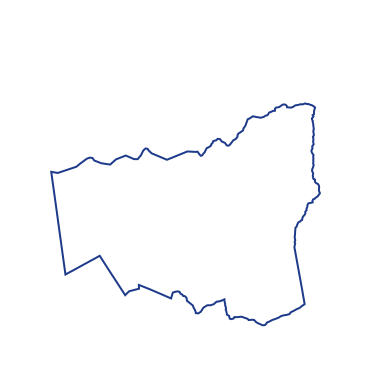 outline of Curimatá, Piauí, Brazil, rotated 107°
{"feature_id": "56859067B38389486255432", "entity_name": "Curimatá", "entity_type": "district", "adm_level": 2, "iso_a3": "BRA", "parent_name": "Brazil", "parent_adm1": "Piauí", "projection": "mercator", "projection_center": [-44.372, -9.975], "detail": "fine", "context": "isolated", "style": "outline", "palette": "blue", "viewbox_px": 384, "rotation_deg": 107, "n_neighbors": 0, "source": "geoboundaries", "source_scale": "gbopen_adm2", "svg_char_len": 3142}
<svg xmlns="http://www.w3.org/2000/svg" viewBox="0 0 384 384"><g transform="rotate(107 192 192)"><path d="M310.2,225.7L305.3,223.1L300.0,214.4L297.8,215.2L296.4,215.6L297.4,203.3L299.9,180.9L293.8,180.9L292.4,179.0L291.2,176.7L291.2,174.6L292.6,173.3L293.0,171.3L294.0,170.0L293.7,168.4L294.7,166.4L297.5,165.0L300.3,158.0L301.7,157.0L304.2,154.5L305.4,153.6L306.7,152.9L306.2,150.4L303.8,148.5L299.9,147.5L298.7,146.8L295.9,144.3L294.9,141.2L292.9,138.4L289.8,136.5L288.2,133.2L285.2,129.6L286.8,129.1L288.7,127.9L290.9,127.0L293.3,125.4L294.7,125.4L295.8,124.4L299.1,122.7L299.6,120.3L302.1,118.9L302.0,117.0L300.7,115.2L299.1,114.8L298.8,113.1L296.7,107.9L296.9,105.9L296.9,104.3L297.1,101.5L297.9,100.4L296.4,96.6L296.3,95.0L297.8,92.4L298.2,90.4L298.8,85.5L298.0,83.5L296.9,82.7L294.7,82.0L293.8,80.7L290.8,77.7L289.6,75.9L286.7,72.3L284.8,70.7L282.9,67.9L282.2,66.2L280.3,63.1L278.2,62.4L275.1,59.2L272.9,57.1L271.5,55.2L269.5,54.0L266.3,51.5L251.9,58.8L214.9,77.9L212.8,78.2L211.0,78.3L209.8,79.3L208.1,79.1L205.9,80.3L204.3,80.8L202.8,81.0L201.3,81.4L199.2,81.9L195.8,82.6L194.5,81.8L193.1,81.9L191.6,81.7L190.0,81.5L189.1,80.4L187.5,79.5L186.6,78.5L185.1,78.8L183.2,78.7L181.1,77.7L179.6,77.3L177.6,77.9L175.9,77.1L174.6,77.6L172.2,77.4L170.5,77.8L168.9,77.4L168.2,76.3L167.4,74.8L166.6,73.6L165.2,74.2L163.6,74.0L162.8,72.9L161.5,72.2L159.4,70.5L157.8,70.0L155.8,69.3L154.2,70.6L152.4,71.4L150.2,71.8L148.7,72.6L147.6,73.7L147.2,75.9L146.3,77.4L144.1,78.1L144.0,79.7L142.1,80.8L140.9,81.3L138.9,81.5L136.9,83.2L135.4,83.7L133.5,83.5L130.7,83.5L129.3,84.5L127.4,84.8L125.9,85.5L124.5,85.6L123.0,86.4L121.1,86.6L120.1,88.0L118.3,89.6L117.0,89.9L115.3,89.5L113.2,90.4L110.8,89.6L108.4,90.9L105.6,91.4L103.9,92.5L102.2,92.0L99.8,93.1L98.0,93.9L96.7,93.8L94.4,94.7L93.1,95.4L91.5,95.9L90.1,96.9L88.6,97.3L87.7,98.4L86.4,98.8L84.4,97.9L83.2,99.1L82.0,98.1L79.6,98.8L77.7,99.0L75.2,99.0L74.4,100.9L74.0,102.5L74.0,104.9L73.8,106.5L74.3,107.8L74.2,109.6L76.0,112.1L76.2,113.6L77.5,115.6L78.1,116.8L79.0,118.6L81.3,120.4L82.5,122.3L82.7,123.7L83.2,125.8L81.8,126.7L81.2,128.2L81.3,129.5L82.0,130.9L83.3,131.9L85.3,133.5L86.7,136.2L88.0,137.0L90.1,136.5L90.9,138.5L92.2,139.7L93.4,141.4L95.0,141.8L96.3,142.2L97.6,144.0L99.3,145.5L100.9,148.0L101.4,151.8L101.8,155.9L104.9,158.5L106.2,160.0L108.4,160.1L113.0,160.3L116.0,161.3L118.4,161.3L122.5,164.6L123.7,165.1L126.1,164.7L128.6,165.7L130.4,167.6L132.3,168.3L134.0,168.9L136.5,170.0L137.2,171.1L137.2,172.5L135.5,174.6L135.0,178.3L133.2,180.8L133.7,183.0L135.5,184.0L136.2,185.2L137.2,186.6L139.2,186.7L140.7,187.5L142.2,187.5L144.3,189.0L145.4,190.5L146.9,191.0L150.4,191.5L151.6,192.2L154.0,193.0L154.8,194.3L153.5,196.3L151.8,198.5L152.5,199.9L154.6,208.3L168.5,225.4L166.8,242.0L164.9,245.7L163.7,247.1L163.9,249.0L165.2,250.0L167.0,250.8L171.7,251.5L176.5,253.6L177.5,257.0L176.5,266.0L183.0,274.2L189.7,278.3L191.0,287.0L190.5,294.6L188.6,297.1L189.0,299.8L190.9,302.3L197.5,307.2L201.7,310.0L213.0,325.9L213.9,332.5L250.9,315.3L260.9,310.7L307.9,288.9L301.2,282.3L293.4,274.7L283.0,264.5L280.0,261.6L290.1,249.7L310.2,225.7Z" fill="none" stroke="#1e3a8a" stroke-width="2"/></g></svg>